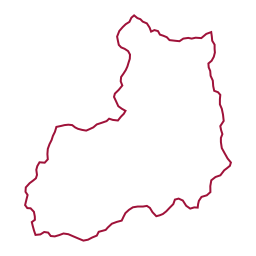 Rio Manso, Minas Gerais, Brazil
{"feature_id": "56859067B17161327719400", "entity_name": "Rio Manso", "entity_type": "district", "adm_level": 2, "iso_a3": "BRA", "parent_name": "Brazil", "parent_adm1": "Minas Gerais", "projection": "mercator", "projection_center": [-44.348, -20.255], "detail": "fine", "context": "isolated", "style": "outline", "palette": "rose", "viewbox_px": 256, "rotation_deg": 0, "n_neighbors": 0, "source": "geoboundaries", "source_scale": "gbopen_adm2", "svg_char_len": 2205}
<svg xmlns="http://www.w3.org/2000/svg" viewBox="0 0 256 256"><path d="M223.7,120.9L223.0,114.6L221.8,108.8L219.9,104.4L219.9,99.2L220.3,94.9L218.0,92.2L214.2,90.8L213.2,86.1L212.8,80.6L210.6,75.8L210.2,70.9L208.7,67.4L208.4,63.5L211.6,60.8L213.8,56.8L214.9,52.5L214.6,48.9L214.6,44.7L212.2,40.7L211.8,36.3L211.2,32.1L206.3,33.9L201.3,38.1L195.6,37.7L191.7,38.6L188.3,37.9L183.3,38.6L179.5,41.2L175.5,40.8L169.5,40.1L166.8,37.2L163.2,35.7L159.9,34.6L158.0,31.1L154.4,30.1L151.1,31.6L149.6,27.6L146.9,23.4L142.7,21.6L140.4,19.2L137.4,18.1L134.1,15.4L131.4,17.7L129.4,21.9L125.7,24.2L122.7,27.1L119.3,31.0L117.1,36.6L118.0,41.2L118.8,44.9L121.2,47.4L124.6,48.8L128.1,51.1L130.0,54.6L129.8,58.8L128.6,62.5L127.4,66.5L125.8,70.0L123.5,73.6L121.1,77.0L120.7,81.3L122.3,85.5L118.7,89.9L114.9,93.6L114.0,96.9L115.7,100.5L118.3,106.2L121.9,108.8L125.5,110.8L123.8,113.8L121.0,116.6L117.9,120.5L112.8,119.9L109.1,118.7L106.6,121.1L101.4,122.9L96.8,124.4L93.3,127.4L89.2,129.3L86.2,130.6L82.1,129.9L77.9,128.8L75.1,127.4L72.2,125.1L68.4,124.7L64.5,125.1L60.8,126.0L56.4,126.9L54.9,131.9L52.9,135.9L51.6,140.0L49.5,144.2L47.8,148.9L47.4,154.1L47.8,159.3L44.7,162.7L39.5,162.3L37.3,166.1L36.3,169.8L37.0,174.9L35.9,178.3L33.2,180.5L29.6,183.2L25.8,187.4L25.5,191.8L27.6,195.0L26.5,199.3L25.1,205.1L27.3,208.1L30.6,208.3L33.9,211.8L34.8,216.4L34.9,219.8L31.8,222.1L32.7,225.8L34.0,230.5L35.5,234.9L40.4,234.4L44.2,232.0L48.2,232.6L50.7,236.0L54.8,236.4L59.2,235.1L63.5,233.5L68.3,234.2L73.4,236.4L78.1,238.4L83.4,240.6L88.0,239.7L92.2,237.5L96.8,235.6L98.7,231.8L102.1,230.9L105.7,229.9L107.9,227.4L111.9,223.7L116.8,221.9L121.7,220.6L123.5,216.8L125.4,213.1L129.0,209.8L132.9,207.3L137.9,206.5L143.2,206.5L146.9,205.9L149.9,207.9L152.5,212.2L156.3,216.2L159.7,215.3L162.9,214.0L166.3,211.3L169.8,207.6L173.3,204.1L174.9,199.6L178.6,198.6L182.8,200.5L186.2,205.8L190.2,208.6L194.2,207.4L197.7,207.6L198.1,204.1L198.9,200.8L201.5,196.9L206.8,195.3L210.4,192.1L210.3,186.1L211.3,180.3L215.5,177.0L220.4,175.3L224.2,170.3L227.1,168.1L229.9,165.8L230.9,162.5L227.6,158.5L224.5,153.0L221.8,148.1L220.9,142.1L220.9,137.9L222.4,134.1L221.1,130.1L220.3,126.1L223.7,120.9Z" fill="none" stroke="#9f1239" stroke-width="2"/></svg>